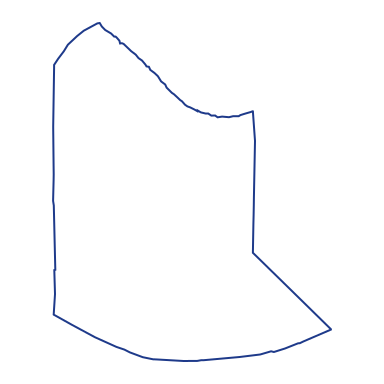 the district of Kiang East, Lower River, Gambia
{"feature_id": "56634734B11412565261125", "entity_name": "Kiang East", "entity_type": "district", "adm_level": 2, "iso_a3": "GMB", "parent_name": "Gambia", "parent_adm1": "Lower River", "projection": "orthographic", "projection_center": [-15.639, 13.417], "detail": "fine", "context": "isolated", "style": "outline", "palette": "blue", "viewbox_px": 384, "rotation_deg": 0, "n_neighbors": 0, "source": "geoboundaries", "source_scale": "gbopen_adm2", "svg_char_len": 1406}
<svg xmlns="http://www.w3.org/2000/svg" viewBox="0 0 384 384"><path d="M252.9,111.4L252.5,111.3L250.8,112.0L244.9,113.7L240.4,115.1L238.7,116.2L237.3,116.2L233.1,116.2L229.0,117.2L222.1,116.6L217.6,117.3L215.1,115.5L211.3,115.6L208.2,113.5L205.5,113.5L200.9,112.4L197.5,110.4L197.4,111.2L194.4,109.5L190.2,107.4L187.4,106.4L185.0,104.7L181.9,101.2L180.2,100.1L177.7,97.7L173.9,94.2L171.8,92.8L166.6,87.6L165.2,84.5L161.1,81.4L157.9,76.2L154.5,73.0L150.3,69.9L148.9,66.8L146.5,66.4L145.5,64.7L142.0,60.5L138.5,58.1L135.7,54.6L131.2,51.2L123.6,43.9L121.9,43.2L120.1,43.5L119.4,40.7L116.7,37.6L115.6,36.6L114.2,36.6L111.1,33.5L105.2,30.0L101.8,26.5L99.7,23.0L97.3,23.4L83.8,30.7L77.2,36.0L67.9,44.7L63.8,51.3L58.2,58.7L54.1,64.9L54.1,66.0L54.1,67.4L53.2,126.1L53.2,127.3L53.2,128.2L53.6,166.4L53.7,174.5L53.6,180.5L53.2,196.5L53.1,200.6L53.1,200.9L53.8,205.5L54.8,248.4L55.3,269.8L54.3,270.1L55.0,294.1L54.7,298.9L53.7,314.6L53.8,314.7L71.7,324.7L94.9,337.2L116.4,346.9L124.4,349.6L129.9,352.4L142.8,357.2L153.1,359.3L155.8,359.4L183.6,361.0L197.4,360.9L201.2,360.2L203.7,360.2L230.6,357.8L239.6,357.0L260.1,354.5L261.2,354.2L271.1,351.3L273.9,352.0L281.5,349.6L285.0,348.5L298.1,343.3L299.8,343.2L303.3,341.5L330.9,329.6L330.9,329.2L285.1,284.3L252.9,252.8L252.9,252.2L253.4,223.7L253.6,215.7L253.8,205.2L253.9,197.9L255.0,140.9L252.9,111.6L252.9,111.4Z" fill="none" stroke="#1e3a8a" stroke-width="2"/></svg>